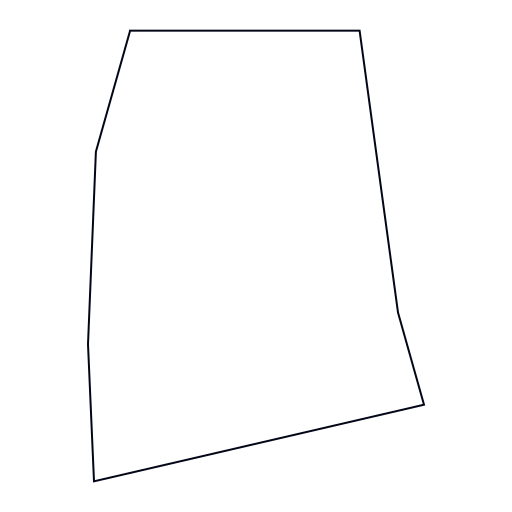 22, Ad Dawhah, Qatar
{"feature_id": "91078587B26591597392685", "entity_name": "22", "entity_type": "district", "adm_level": 2, "iso_a3": "QAT", "parent_name": "Qatar", "parent_adm1": "Ad Dawhah", "projection": "equal_earth", "projection_center": [51.508, 25.289], "detail": "fine", "context": "isolated", "style": "outline", "palette": "ink", "viewbox_px": 512, "rotation_deg": 0, "n_neighbors": 0, "source": "geoboundaries", "source_scale": "gbopen_adm2", "svg_char_len": 240}
<svg xmlns="http://www.w3.org/2000/svg" viewBox="0 0 512 512"><path d="M424.0,404.7L398.0,312.5L359.6,30.7L135.5,30.7L130.0,30.7L129.8,31.8L95.9,151.7L88.0,344.2L94.0,481.3L424.0,404.7Z" fill="none" stroke="#020617" stroke-width="2"/></svg>